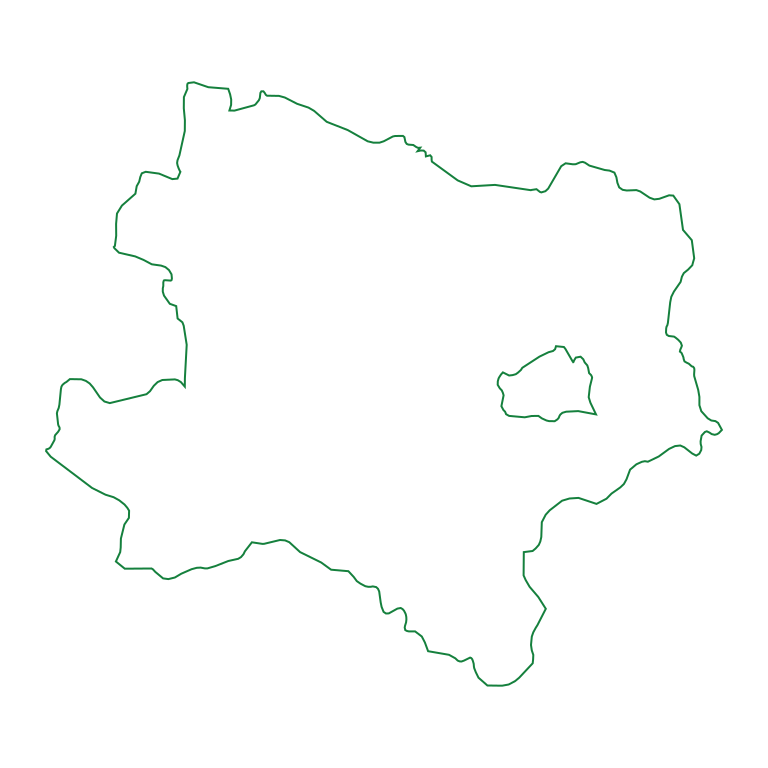 the State of Niederösterreich
{"feature_id": "AUT-2330", "entity_name": "Niederösterreich", "entity_type": "State", "adm_level": 1, "iso_a3": "AUT", "parent_name": "Austria", "parent_adm1": "", "projection": "mercator", "projection_center": [15.834, 48.226], "detail": "fine", "context": "isolated", "style": "outline", "palette": "green", "viewbox_px": 768, "rotation_deg": 0, "n_neighbors": 0, "source": "natural_earth", "source_scale": "10m", "svg_char_len": 5497}
<svg xmlns="http://www.w3.org/2000/svg" viewBox="0 0 768 768"><path d="M194.0,82.3L208.3,87.2L228.2,88.8L230.1,94.3L231.2,99.6L231.1,104.9L229.4,110.5L234.5,110.6L254.0,105.3L255.4,104.5L258.9,100.2L259.8,98.1L260.4,92.9L261.4,91.3L263.4,91.3L264.7,92.9L265.8,94.8L267.0,95.7L279.0,95.9L284.8,97.5L297.1,103.8L308.5,107.6L314.0,110.8L326.7,121.8L332.5,124.1L347.8,130.1L367.7,141.3L373.5,142.7L379.4,142.7L383.7,141.3L392.8,136.5L395.1,136.0L402.9,135.9L404.4,137.1L405.4,141.9L406.7,143.9L408.4,144.6L413.3,145.0L416.2,147.0L418.1,147.9L420.2,147.7L417.6,151.2L420.8,150.5L423.7,150.6L425.6,152.3L425.9,156.4L430.2,155.3L431.6,157.0L431.6,159.7L431.9,161.6L457.7,180.4L471.3,186.3L495.0,184.9L530.9,190.2L531.2,190.0L536.5,189.2L539.9,191.9L541.3,192.4L545.4,191.2L548.2,188.6L561.2,166.2L565.6,163.3L573.0,164.3L575.7,164.2L580.3,162.3L582.7,161.9L585.0,162.7L589.4,165.6L604.7,170.0L609.5,170.6L614.4,172.6L616.4,177.3L617.4,182.8L619.2,187.4L622.6,189.8L626.7,190.5L636.4,190.1L640.3,191.5L649.6,197.7L654.3,199.4L659.3,198.8L669.1,195.3L673.3,195.6L679.4,204.2L683.0,229.9L691.8,240.2L694.2,258.3L692.8,263.2L692.3,265.2L688.1,269.6L683.8,273.1L681.9,276.7L680.6,281.9L673.9,291.6L671.3,296.8L670.2,302.3L667.9,322.9L667.3,325.4L666.6,326.5L666.2,328.3L666.0,332.5L666.8,334.8L668.8,336.0L674.0,336.6L675.4,337.5L678.1,339.7L680.8,342.6L681.9,345.7L681.3,347.4L680.3,349.6L679.9,351.6L681.0,352.4L681.7,353.2L682.5,355.1L683.4,357.3L683.7,359.1L684.5,361.4L686.5,362.6L688.8,363.7L691.7,366.3L693.2,366.8L694.2,368.2L694.4,369.9L694.1,374.3L694.2,376.1L698.2,389.9L699.4,396.9L699.4,405.2L701.3,411.2L707.7,418.3L711.3,420.5L715.4,421.1L718.1,422.9L721.9,429.9L718.7,433.2L717.0,434.2L714.7,434.8L711.7,434.1L709.5,432.6L706.8,431.3L704.9,432.0L701.6,435.6L700.6,441.3L700.7,444.0L701.5,447.0L701.2,450.1L699.3,453.7L696.2,455.6L692.2,453.5L684.3,447.3L680.3,445.5L675.0,446.1L669.1,448.9L658.7,456.5L647.9,461.7L644.9,461.2L641.9,461.8L636.4,464.3L630.1,469.6L626.5,479.3L623.9,484.0L620.3,487.4L611.5,493.6L606.5,498.7L596.5,503.9L578.5,497.9L569.5,498.5L562.1,500.7L549.7,510.3L545.7,514.7L541.8,522.2L541.3,537.0L540.3,541.5L538.8,544.9L535.6,548.5L532.6,551.0L523.8,552.1L523.6,575.4L525.7,580.1L529.6,586.8L538.3,597.0L545.8,608.8L537.4,625.2L535.8,627.7L533.3,632.3L531.8,636.6L531.0,645.0L531.8,650.4L533.3,654.9L533.1,659.5L532.7,663.3L519.2,677.7L515.1,681.1L508.7,684.5L502.1,685.7L487.4,685.5L478.5,677.7L475.8,672.2L474.2,668.1L473.9,666.4L473.7,663.8L472.9,661.0L472.2,659.2L471.3,658.1L470.1,657.6L464.0,660.6L461.5,661.5L459.7,661.4L457.7,660.6L455.3,658.3L449.0,654.8L428.1,651.2L424.9,642.5L421.8,636.5L415.1,631.4L408.9,631.4L407.0,631.0L405.3,630.1L404.7,627.6L405.0,625.9L406.1,622.3L406.4,619.5L406.3,617.0L405.9,614.9L405.5,613.6L404.0,610.7L402.6,609.1L400.7,608.0L397.4,608.6L388.8,613.4L386.0,613.5L383.6,611.9L381.6,606.9L380.7,602.5L379.2,591.5L378.0,588.8L376.2,587.1L372.8,586.4L370.7,586.8L368.2,586.8L365.3,586.2L360.4,583.6L356.8,581.1L353.7,576.9L348.4,571.2L331.1,569.7L321.2,562.5L300.1,552.1L289.3,542.2L285.1,540.4L280.0,540.0L264.2,543.8L262.5,543.9L251.9,542.3L244.9,551.3L243.5,554.2L241.0,557.1L238.2,558.8L228.3,561.0L215.3,566.1L207.4,568.4L204.9,568.4L200.6,567.6L196.8,567.8L191.6,569.2L181.3,573.7L174.9,577.5L168.4,579.1L163.1,578.4L155.3,571.9L152.9,569.3L151.5,568.5L124.8,568.7L115.9,561.5L120.2,552.1L120.7,547.5L120.9,538.6L124.4,524.5L128.9,517.9L129.1,510.7L127.3,507.8L124.5,504.5L119.2,500.3L113.6,497.2L105.5,494.7L92.1,488.0L50.7,456.7L46.1,451.1L46.4,449.4L48.4,448.8L49.6,448.1L50.7,446.9L54.4,440.2L54.7,438.9L54.6,436.9L54.9,435.9L55.2,435.1L58.2,431.7L59.6,429.3L59.6,427.9L59.2,426.8L58.5,425.7L58.1,424.2L56.9,413.3L57.4,411.1L58.7,408.0L59.4,404.6L60.9,389.3L61.4,386.8L61.8,386.0L62.2,385.3L63.0,384.4L64.8,382.9L66.4,382.0L69.9,379.1L81.4,379.3L85.9,380.9L89.7,383.5L93.0,387.3L100.0,397.5L104.4,401.5L109.8,403.1L146.5,394.2L150.0,391.2L153.8,385.8L157.6,382.1L162.3,380.0L174.9,379.4L177.8,380.2L180.9,382.1L184.8,386.6L184.9,378.1L186.7,344.8L183.7,325.7L182.4,322.3L177.6,318.5L176.2,306.1L169.8,303.8L164.0,295.6L162.8,291.7L162.8,288.3L163.3,286.0L163.3,282.5L163.6,281.1L164.0,280.4L165.0,280.2L170.8,280.6L171.6,280.0L171.9,278.4L171.5,274.3L169.0,270.1L165.4,267.1L161.1,265.6L151.8,264.3L143.5,259.9L135.2,256.4L119.0,252.7L114.4,248.2L113.8,247.0L114.9,245.9L116.2,235.8L116.1,223.9L117.0,213.5L121.9,205.6L135.4,193.7L136.7,186.2L139.2,181.7L140.3,177.0L141.8,173.3L145.7,171.8L159.0,173.6L172.3,179.1L177.5,178.6L180.4,171.8L179.9,171.1L178.7,168.5L177.6,165.5L177.1,163.0L177.5,160.3L179.4,155.4L184.8,131.0L184.9,120.2L183.8,108.3L183.9,97.1L187.4,88.9L187.2,86.8L187.2,85.0L187.6,83.6L188.4,83.0L194.0,82.3ZM573.2,362.2L572.5,361.2L565.4,348.9L563.9,347.0L556.0,346.2L555.1,349.2L553.0,351.0L548.6,352.2L539.5,356.6L522.3,367.8L520.9,370.0L517.9,372.7L515.8,374.2L512.6,375.1L509.1,375.5L502.9,372.4L501.0,374.5L499.3,377.1L498.6,378.4L497.8,381.3L497.7,384.8L499.8,388.3L501.8,390.4L502.9,392.9L503.6,395.3L501.4,406.2L503.4,410.0L505.1,411.7L506.1,414.2L509.1,415.9L524.7,417.3L531.6,416.0L538.4,415.9L541.9,418.4L546.5,420.5L549.0,421.1L554.7,421.2L557.4,419.4L558.7,417.9L559.5,415.9L560.3,414.6L562.4,412.8L566.2,411.7L578.2,411.1L596.0,414.4L590.4,402.7L588.7,397.2L589.9,386.7L591.9,378.7L592.1,377.5L591.8,376.5L591.1,375.1L589.1,373.1L588.2,368.2L587.3,365.4L584.7,362.4L583.3,359.3L580.6,356.7L575.8,357.6L574.1,360.4L573.4,362.1L573.2,362.2Z" fill="none" stroke="#15803d" stroke-width="2"/></svg>